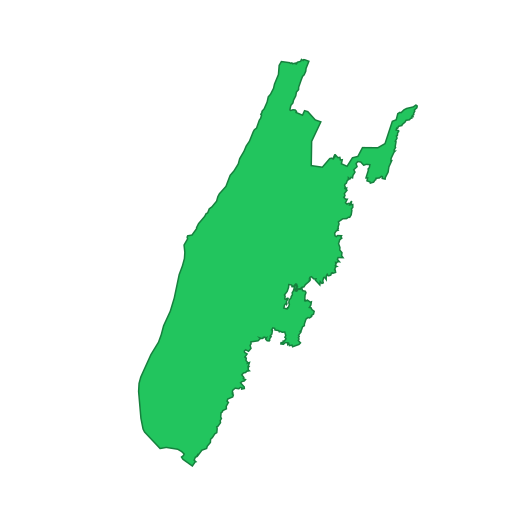 Bandarban, Chittagong, Bangladesh, rotated 213°
{"feature_id": "16705992B23463827258150", "entity_name": "Bandarban", "entity_type": "district", "adm_level": 2, "iso_a3": "BGD", "parent_name": "Bangladesh", "parent_adm1": "Chittagong", "projection": "equal_earth", "projection_center": [92.198, 21.77], "detail": "fine", "context": "isolated", "style": "filled", "palette": "green", "viewbox_px": 512, "rotation_deg": 213, "n_neighbors": 0, "source": "geoboundaries", "source_scale": "gbopen_adm2", "svg_char_len": 6135}
<svg xmlns="http://www.w3.org/2000/svg" viewBox="0 0 512 512"><g transform="rotate(213 256 256)"><path d="M322.3,226.0L317.6,220.2L314.6,214.8L312.3,207.6L310.3,198.6L301.6,176.1L297.8,163.0L295.5,147.2L292.6,138.4L290.8,130.6L290.4,116.1L286.7,91.7L284.7,85.5L280.7,78.5L264.1,57.2L256.5,49.4L253.6,47.7L231.6,42.3L227.0,46.6L216.4,51.3L211.9,51.5L208.4,50.8L208.2,49.0L209.0,46.8L206.5,45.7L195.0,45.2L194.9,50.1L194.4,50.7L196.4,51.0L196.5,50.4L197.3,54.3L196.6,55.1L196.6,57.3L196.1,56.8L195.6,63.7L192.6,67.7L193.3,69.9L192.7,74.8L194.3,77.6L193.7,79.9L193.7,84.4L192.7,86.5L194.5,90.0L195.9,91.4L195.2,92.3L195.0,96.9L196.4,98.5L196.5,100.9L197.9,101.7L199.9,105.5L199.3,107.0L199.7,108.2L197.6,111.7L199.1,113.7L199.4,118.2L201.2,118.4L201.8,120.7L198.8,125.1L199.3,127.1L200.8,127.4L200.6,128.5L201.8,129.0L202.4,130.8L201.5,133.8L198.1,135.3L197.6,137.2L196.1,137.8L195.5,136.6L193.6,138.5L194.6,139.8L199.9,141.2L199.4,143.0L197.8,144.8L197.5,146.6L199.8,146.2L200.0,147.5L203.2,148.6L202.8,151.1L201.2,152.7L201.1,154.2L199.1,156.1L200.5,156.3L201.8,158.2L201.7,159.4L202.4,159.0L203.5,163.1L204.8,161.4L205.0,162.2L207.6,162.9L208.5,165.1L210.3,165.2L210.1,169.0L213.1,168.9L214.0,169.9L213.6,171.7L210.4,172.0L209.9,175.8L212.3,177.8L212.3,179.6L213.5,181.2L208.1,186.0L207.4,189.0L208.6,189.3L206.0,190.0L205.3,191.0L205.6,191.7L204.4,192.8L203.3,192.2L202.7,193.2L202.5,191.5L200.5,191.0L198.7,191.9L198.6,192.9L199.5,193.7L199.4,196.6L200.5,196.6L200.2,199.2L201.8,202.7L202.7,202.5L202.7,204.9L200.9,205.5L199.8,204.3L196.3,205.8L195.2,205.1L194.3,206.2L192.5,206.3L190.5,207.9L187.7,205.5L187.5,203.5L186.0,203.2L185.7,202.3L186.0,200.0L186.9,199.5L186.3,198.2L187.8,197.0L187.3,195.8L184.9,196.9L184.3,199.3L182.2,200.5L181.2,199.1L180.9,200.4L179.2,199.0L177.3,200.9L175.9,199.8L171.8,205.2L171.4,207.4L174.5,208.1L174.7,209.8L176.0,210.6L175.9,212.0L177.2,212.7L176.9,216.9L177.9,216.9L177.5,218.4L178.4,222.0L177.5,223.9L178.4,225.3L179.7,230.3L178.9,232.7L177.4,233.2L176.4,235.6L177.1,236.3L176.1,238.6L177.1,241.3L179.9,241.5L181.7,242.6L183.2,241.9L183.3,244.8L184.6,247.7L185.2,246.9L188.9,247.0L189.0,246.1L190.2,246.0L190.2,245.1L190.8,245.0L193.5,249.8L194.1,252.4L195.5,253.3L198.1,252.3L200.2,254.2L200.6,252.3L202.6,250.9L202.7,248.7L204.1,248.1L204.8,248.9L204.9,252.7L206.8,253.6L207.0,251.9L205.6,246.6L205.7,245.0L204.3,243.2L204.4,241.2L203.8,240.1L204.2,237.1L202.9,234.5L201.7,233.7L200.7,230.2L201.4,229.9L201.1,228.5L204.3,227.5L205.4,230.5L205.0,233.0L204.0,232.1L204.0,232.7L205.6,234.3L206.0,237.9L206.8,237.6L207.3,236.0L208.5,235.7L209.7,238.2L210.9,238.8L210.6,243.3L211.6,247.4L213.0,249.9L210.7,251.0L209.5,250.8L209.2,249.9L208.1,250.4L207.5,254.2L206.6,254.5L204.4,252.8L204.4,248.9L203.2,248.9L202.9,251.3L201.0,252.7L200.4,254.9L199.0,256.1L199.0,258.8L197.6,263.7L198.0,264.5L197.4,264.9L198.0,266.3L198.8,266.0L199.2,267.4L198.3,268.8L194.9,268.3L193.3,269.5L193.0,268.1L186.7,266.5L188.2,269.5L185.8,268.9L185.0,270.1L186.5,271.6L187.5,274.8L186.8,275.5L184.3,274.5L186.1,277.3L186.3,279.4L184.7,278.7L183.6,279.7L182.9,280.8L183.4,282.8L182.9,283.6L182.2,283.3L180.3,285.6L181.9,287.4L182.6,287.2L183.3,290.3L182.5,291.3L184.2,291.1L184.3,292.2L185.7,293.9L184.7,294.0L184.5,295.7L182.9,296.6L185.9,297.5L186.3,299.4L182.1,302.0L184.4,302.9L185.7,305.6L189.0,306.6L190.3,308.9L193.5,311.3L194.6,315.2L193.8,317.7L195.1,318.1L195.3,319.6L198.7,317.6L199.2,315.9L200.8,316.0L202.5,318.1L202.3,321.0L201.1,322.4L202.3,322.9L202.0,323.9L203.0,325.0L203.8,328.1L205.5,329.5L203.5,334.5L200.4,336.7L199.6,338.8L198.5,339.5L198.6,342.4L200.4,346.4L201.6,347.5L201.3,349.5L202.9,351.9L205.0,350.1L204.8,351.9L205.7,354.2L205.9,350.8L207.3,350.4L207.9,349.0L210.0,349.4L210.4,353.3L211.8,352.4L214.3,353.1L214.2,355.0L215.9,356.5L215.5,360.7L216.3,360.6L217.0,362.3L217.8,361.0L218.4,361.1L218.5,362.3L220.0,363.3L220.5,364.5L219.9,366.3L220.6,369.0L220.1,370.2L221.2,372.0L219.2,371.6L219.2,373.7L217.6,374.1L218.6,376.3L218.7,380.3L221.0,381.5L219.9,386.0L222.4,388.0L222.1,390.6L219.4,391.9L215.1,390.8L213.5,392.9L210.2,394.6L209.1,391.9L209.4,390.1L208.4,388.9L206.3,381.4L204.9,382.3L203.9,379.5L200.7,380.2L199.8,379.4L197.6,382.0L197.6,384.3L197.1,385.3L197.7,386.5L195.0,388.7L194.3,391.1L193.3,391.4L192.4,389.8L189.6,390.8L190.3,392.3L190.9,398.3L193.1,403.2L194.1,409.8L194.7,409.3L195.9,411.6L196.8,418.3L196.5,419.7L197.1,419.3L197.9,420.1L198.1,423.1L198.8,423.4L200.8,428.1L201.7,428.1L201.9,431.6L203.6,433.1L203.1,434.2L204.4,436.6L204.1,438.0L204.7,438.8L207.1,438.0L207.7,439.9L206.8,440.3L207.1,442.4L204.7,444.9L205.0,445.8L203.9,449.7L204.1,451.5L201.5,453.8L201.3,455.6L200.4,456.6L201.1,457.6L200.2,458.4L201.3,458.9L200.7,460.5L201.6,461.7L201.7,463.9L202.7,464.7L201.8,467.9L202.5,469.6L204.1,469.7L205.3,466.7L210.0,461.8L211.5,459.2L212.4,455.2L213.6,454.8L214.6,452.6L212.6,446.6L215.0,443.2L209.0,420.5L212.8,413.1L225.7,404.9L224.8,395.0L228.6,390.9L228.5,380.8L234.6,379.9L236.1,383.7L237.5,382.5L239.4,384.4L240.9,383.1L244.7,384.1L245.1,383.7L244.7,381.3L243.9,382.2L244.1,379.4L245.9,379.2L247.2,377.9L248.7,366.6L258.9,361.9L271.8,382.5L274.7,403.8L280.4,402.4L291.2,405.3L294.4,404.3L293.7,399.4L300.6,398.2L300.8,399.3L302.6,399.8L304.6,398.8L306.2,396.9L307.2,397.0L308.8,401.3L308.4,404.4L309.4,407.1L309.9,412.0L311.4,415.5L310.9,418.7L312.2,420.9L313.9,427.9L314.8,432.0L314.3,434.1L314.9,438.0L316.2,440.6L317.7,448.1L322.1,447.1L323.0,446.6L323.0,445.6L324.9,445.6L324.6,443.5L326.8,441.1L326.7,439.1L327.5,438.8L327.7,439.5L330.1,437.1L331.1,437.5L332.0,436.3L333.0,436.5L340.6,432.9L340.4,428.5L336.0,420.4L334.1,410.2L332.6,406.2L331.9,399.5L332.4,396.2L330.5,391.1L329.3,383.8L329.8,380.6L329.2,380.0L329.1,377.4L328.1,377.2L327.1,374.0L327.2,371.8L325.2,363.5L326.1,361.1L326.0,358.9L324.0,348.7L324.1,342.9L323.1,337.4L322.7,328.8L321.0,323.6L320.8,315.4L321.6,309.6L319.1,298.0L320.6,288.3L320.3,285.0L318.9,280.5L319.7,273.3L320.9,270.1L320.0,265.7L320.9,264.4L320.6,261.2L321.8,251.9L321.3,247.4L320.7,246.7L321.1,238.7L324.3,235.7L324.0,234.3L322.7,233.2L322.3,226.0Z" fill="#22c55e" stroke="#15803d" stroke-width="1.5"/></g></svg>